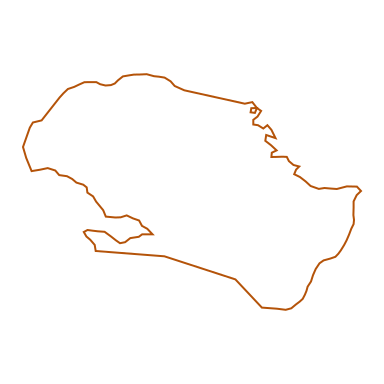 Porto de Pedras, Alagoas, Brazil
{"feature_id": "56859067B20815051072024", "entity_name": "Porto de Pedras", "entity_type": "district", "adm_level": 2, "iso_a3": "BRA", "parent_name": "Brazil", "parent_adm1": "Alagoas", "projection": "orthographic", "projection_center": [-35.401, -9.149], "detail": "fine", "context": "isolated", "style": "outline", "palette": "amber", "viewbox_px": 384, "rotation_deg": 0, "n_neighbors": 0, "source": "geoboundaries", "source_scale": "gbopen_adm2", "svg_char_len": 1762}
<svg xmlns="http://www.w3.org/2000/svg" viewBox="0 0 384 384"><path d="M330.1,188.5L324.5,188.0L318.8,188.9L310.6,186.0L305.6,181.4L299.9,177.0L294.2,174.2L296.1,169.6L299.2,166.5L293.5,165.0L288.9,161.1L286.8,156.9L282.6,156.7L276.5,156.9L271.4,157.0L271.8,152.7L276.6,150.4L271.0,145.2L265.3,140.8L266.2,135.0L275.5,138.1L271.4,129.8L267.4,125.2L263.3,128.5L258.0,125.2L253.3,124.5L253.3,119.8L257.5,116.6L261.1,110.9L256.9,108.0L252.3,102.1L244.8,103.7L184.3,90.3L174.7,86.0L170.6,81.3L164.6,77.6L159.0,76.7L154.0,76.2L146.7,74.2L140.0,74.5L133.9,74.6L128.8,75.4L122.9,76.4L118.0,80.3L114.8,83.5L110.9,85.1L105.5,85.5L100.1,84.2L96.3,82.1L90.6,82.1L84.4,82.2L79.0,84.6L74.2,86.9L67.9,89.0L63.4,93.3L59.6,97.5L41.6,120.4L32.9,122.5L29.8,127.7L23.0,147.0L26.2,157.9L31.6,171.1L40.1,169.7L47.7,168.1L55.3,170.5L59.2,175.1L67.0,176.2L72.2,179.0L76.4,182.6L83.3,184.7L86.7,187.4L87.4,192.6L93.1,196.4L96.1,201.6L103.2,210.2L105.8,216.6L115.4,217.5L120.7,217.3L126.7,215.4L133.0,218.4L139.1,220.5L142.0,225.9L147.3,228.8L152.5,234.3L142.2,234.3L138.8,236.8L130.3,238.1L125.1,242.2L120.0,243.2L116.0,240.4L110.9,236.4L104.6,231.8L97.8,231.3L92.7,230.7L87.5,230.0L83.8,232.0L86.4,236.5L90.2,239.7L94.7,244.9L95.7,251.0L164.4,256.3L235.4,279.4L261.9,307.6L276.9,308.7L285.7,309.8L291.3,308.3L296.0,304.4L299.6,301.7L302.7,298.9L304.9,294.7L306.5,290.8L307.6,286.7L311.0,281.5L313.0,275.2L315.7,269.0L319.5,263.3L323.6,260.4L330.2,258.6L335.4,256.8L338.3,253.8L340.8,250.4L344.2,244.9L346.6,240.3L349.1,234.5L351.3,228.7L353.6,224.1L354.0,219.9L353.4,215.1L353.6,207.6L353.6,201.4L356.7,195.1L361.0,191.0L356.9,186.6L346.8,186.4L336.8,189.0L330.1,188.5ZM256.9,108.0L254.9,112.9L250.6,112.3L251.3,108.2L256.9,108.0Z" fill="none" stroke="#b45309" stroke-width="2"/></svg>